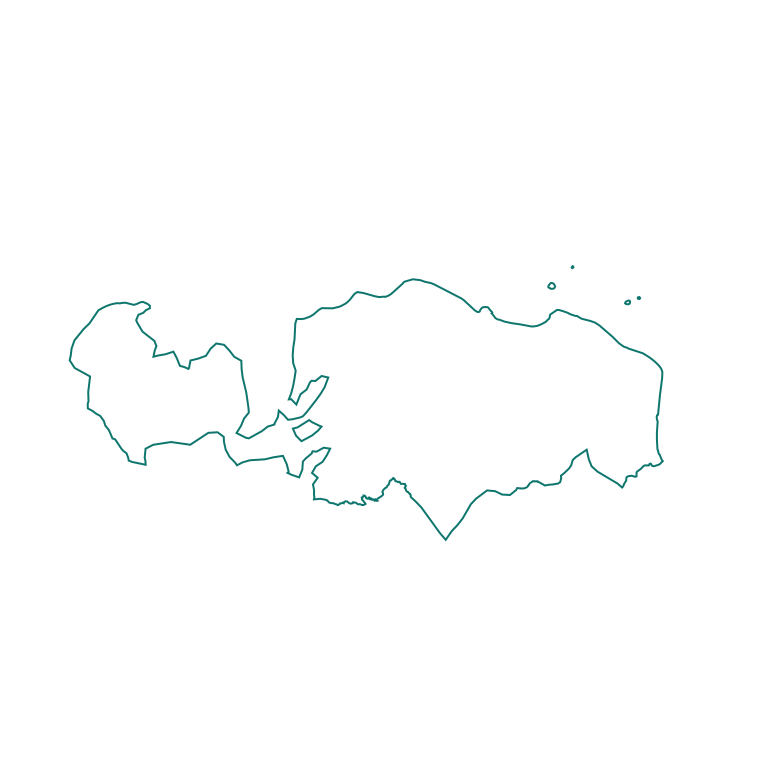 Nias, Sumatera Utara, Indonesia (Mercator projection), rotated 327°
{"feature_id": "22746128B114560941686", "entity_name": "Nias", "entity_type": "district", "adm_level": 2, "iso_a3": "IDN", "parent_name": "Indonesia", "parent_adm1": "Sumatera Utara", "projection": "mercator", "projection_center": [97.729, 1.084], "detail": "fine", "context": "isolated", "style": "outline", "palette": "teal", "viewbox_px": 768, "rotation_deg": 327, "n_neighbors": 0, "source": "geoboundaries", "source_scale": "gbopen_adm2", "svg_char_len": 6171}
<svg xmlns="http://www.w3.org/2000/svg" viewBox="0 0 768 768"><g transform="rotate(327 384 384)"><path d="M162.1,174.3L148.2,178.8L141.3,184.1L136.8,189.5L133.3,192.9L133.3,202.1L141.6,217.6L131.6,229.6L126.8,237.5L124.7,239.3L122.3,243.2L124.8,247.6L126.4,252.1L128.5,256.0L128.7,257.9L128.9,262.6L127.6,267.1L128.2,272.9L126.6,281.8L128.4,284.0L128.5,294.9L128.9,298.2L130.3,301.7L129.4,306.2L128.2,309.2L130.3,312.2L140.1,321.9L142.0,318.6L143.2,315.4L148.8,308.4L157.4,309.3L173.8,316.7L188.4,329.4L210.1,329.3L218.1,333.8L220.8,341.1L218.3,345.3L215.4,353.1L214.8,361.1L216.4,369.2L216.4,372.1L222.8,372.7L229.9,374.9L243.1,382.3L251.2,385.2L260.1,389.2L258.7,398.5L256.2,405.8L254.7,406.0L257.1,409.9L262.0,416.1L268.9,411.3L273.7,404.9L277.8,403.8L285.5,402.9L287.4,401.5L290.6,404.0L298.8,404.6L303.6,408.9L297.3,412.6L290.2,415.8L282.0,415.9L275.2,419.4L277.3,426.5L269.8,429.5L267.4,435.2L265.1,438.5L263.9,441.1L262.4,442.6L268.1,445.6L272.7,450.0L272.6,450.4L273.2,451.7L273.3,453.2L274.8,455.2L275.8,455.7L277.0,456.9L277.2,457.5L279.0,459.6L279.1,460.3L281.2,460.7L282.0,460.2L283.8,461.1L284.6,461.0L285.3,462.1L286.2,461.3L287.8,461.4L289.1,462.4L289.9,465.0L290.7,466.1L292.9,467.0L293.4,466.3L294.2,466.7L295.9,468.5L296.6,470.7L298.3,471.6L299.8,473.6L301.0,474.4L303.2,474.5L303.1,473.6L303.2,472.9L302.9,471.7L303.0,470.5L302.6,469.1L303.5,467.1L304.3,467.5L304.8,467.1L305.8,467.0L306.1,466.4L307.0,467.1L306.8,467.8L307.3,468.4L306.9,469.6L307.2,470.8L307.9,471.3L308.5,471.1L309.1,471.4L309.4,471.0L309.9,471.2L310.0,471.9L309.1,472.2L309.2,472.8L309.6,473.1L310.4,472.6L310.8,472.8L311.3,473.6L311.2,474.0L310.8,474.2L310.9,474.6L312.8,475.4L312.9,475.9L312.4,476.4L312.5,476.6L313.0,476.3L313.6,476.8L314.1,476.5L314.2,477.4L314.0,477.9L314.8,478.2L314.5,477.3L314.8,477.0L316.4,476.7L321.3,476.7L323.0,476.3L323.7,474.9L323.8,473.6L326.0,472.4L328.4,471.9L329.9,472.1L331.6,471.1L332.5,471.1L333.7,470.6L335.8,468.6L336.7,468.3L337.5,468.7L338.2,468.3L339.3,468.5L340.0,467.9L340.6,467.9L340.8,468.3L340.5,468.8L341.1,469.6L340.7,471.8L341.7,472.6L342.3,473.9L343.2,474.1L343.8,474.6L343.7,476.8L347.1,479.2L346.7,480.7L347.0,481.1L346.0,482.0L345.2,482.1L344.8,482.4L345.0,483.6L344.5,485.6L344.8,487.2L345.3,487.5L345.6,489.6L346.0,490.3L345.7,490.8L345.9,491.7L344.9,493.3L346.6,500.0L348.1,508.0L349.7,539.3L350.9,548.3L360.9,544.2L368.9,542.3L376.7,539.6L391.4,532.1L398.9,530.3L412.5,529.4L418.8,534.4L422.9,541.1L429.2,545.7L437.1,544.9L439.0,543.8L442.6,546.7L443.6,547.1L444.2,547.7L447.2,548.4L448.9,548.2L449.4,547.7L450.5,547.6L450.9,547.2L452.6,546.7L455.9,546.6L456.1,547.0L457.1,547.3L457.3,547.8L458.8,548.5L459.6,549.7L459.9,549.5L463.7,556.8L467.0,558.1L470.7,560.1L475.8,562.3L478.2,562.3L481.0,559.9L482.5,557.3L487.2,556.8L493.3,555.6L496.5,554.3L501.0,550.5L505.1,549.8L518.2,549.5L514.8,558.6L513.3,566.1L515.3,573.7L525.7,594.8L527.3,600.5L528.8,600.1L531.6,598.2L534.5,596.9L536.1,594.8L537.1,594.2L538.6,594.4L541.4,595.6L543.3,597.5L543.9,598.5L545.5,599.0L547.4,596.0L548.5,595.3L553.2,595.1L555.4,594.5L557.8,594.1L558.9,594.6L561.7,596.5L562.3,596.4L562.8,595.8L564.0,595.8L564.4,596.4L564.3,598.7L565.6,600.0L570.8,601.4L571.8,601.4L575.8,600.5L575.6,599.0L576.7,593.4L576.4,592.5L578.0,587.3L582.4,579.6L586.4,573.4L593.1,564.5L593.6,562.4L594.7,560.2L596.1,558.9L596.8,559.1L597.2,558.8L598.0,557.9L608.9,544.2L620.5,530.5L623.9,525.7L624.5,523.7L624.8,521.8L624.6,518.3L623.5,513.3L622.2,509.2L620.7,505.3L617.8,499.2L608.3,487.4L607.6,485.9L605.8,483.9L605.2,482.7L603.3,477.9L601.3,468.6L596.5,452.1L594.5,447.6L591.4,443.5L585.3,436.9L582.9,432.1L581.4,430.9L579.6,428.7L577.7,426.1L577.0,424.6L573.8,420.4L571.4,417.6L569.5,416.1L561.2,416.3L558.8,418.7L557.7,419.2L555.8,419.4L553.6,420.0L548.6,419.6L544.1,418.7L540.4,417.0L538.6,415.7L530.3,407.8L524.3,402.6L518.9,397.1L516.2,393.4L514.3,391.5L513.3,389.3L513.0,384.1L512.7,383.4L513.7,383.0L513.8,382.1L513.3,380.5L513.0,376.7L512.7,376.0L510.6,374.4L508.2,373.4L505.6,374.0L503.8,375.3L502.9,375.3L501.6,374.5L500.3,371.8L496.6,357.2L495.5,354.4L480.3,327.7L478.3,324.9L473.9,320.4L471.0,316.7L465.3,311.9L457.4,309.5L455.5,309.4L454.4,310.0L438.9,312.4L435.7,312.3L432.4,311.6L431.7,310.8L427.3,308.5L424.0,305.3L416.4,296.6L411.6,292.3L408.2,292.4L400.8,294.9L397.3,295.5L395.1,295.6L390.3,295.2L388.4,294.8L382.2,292.6L373.3,286.6L370.2,286.3L362.8,287.3L358.6,287.2L352.7,285.8L350.0,284.5L346.3,281.9L342.6,284.9L333.2,297.9L328.1,303.6L323.1,310.1L319.2,317.1L317.2,324.7L311.9,330.7L306.6,336.3L300.7,341.6L295.8,345.1L297.9,346.2L299.3,353.5L308.4,347.1L316.2,346.5L322.6,342.4L324.9,341.8L328.1,344.1L336.0,343.3L340.8,348.2L332.4,354.4L325.5,357.7L318.3,360.5L303.5,365.6L298.4,366.9L295.5,366.4L288.0,363.7L284.0,361.7L283.2,356.1L281.3,349.0L277.1,353.9L270.3,357.7L270.0,358.3L263.4,356.4L255.7,357.0L241.1,356.0L239.0,354.0L233.6,344.8L241.3,341.2L247.9,336.7L255.0,334.4L257.3,330.3L263.8,316.2L269.1,301.4L272.8,293.8L277.0,286.8L273.2,279.6L272.6,271.9L271.2,264.0L265.4,258.7L257.9,259.9L250.0,263.4L242.0,261.5L234.5,258.9L229.1,264.5L228.2,264.8L225.8,261.1L222.7,257.6L224.3,249.5L225.0,242.2L216.8,240.0L210.1,237.1L205.5,235.6L209.8,231.2L213.8,228.2L214.9,222.8L210.0,208.6L210.4,198.5L210.9,195.5L215.7,192.2L220.8,193.2L224.6,192.4L228.9,193.0L230.3,190.8L229.3,188.0L226.7,184.0L224.2,182.8L220.1,182.2L217.2,181.3L211.5,175.1L209.0,173.6L206.0,172.3L204.5,171.0L200.1,169.1L195.9,167.9L191.3,167.1L184.7,166.6L169.9,172.8L162.1,174.3ZM287.9,373.3L301.6,373.5L302.8,376.7L306.8,383.4L308.4,385.7L303.1,387.2L295.5,388.0L283.6,387.0L282.1,379.4L283.3,371.8L287.9,373.3ZM579.6,396.1L580.7,395.3L580.9,394.4L580.9,392.2L580.0,391.0L578.8,390.1L575.9,391.0L574.6,392.0L574.9,393.4L575.3,393.8L575.5,394.6L576.1,395.3L577.5,396.1L578.5,396.4L579.6,396.1ZM634.2,450.1L635.3,448.9L635.3,447.9L634.7,447.3L633.6,446.9L631.4,446.7L630.1,447.7L630.8,449.1L632.1,450.1L633.6,450.4L634.2,450.1ZM645.1,451.8L645.7,451.3L645.5,450.1L644.0,449.7L643.5,450.4L643.5,451.0L644.4,451.8L645.1,451.8ZM605.2,389.5L606.5,389.2L606.7,388.6L606.3,387.9L605.0,388.3L604.8,389.0L605.2,389.5Z" fill="none" stroke="#0f766e" stroke-width="2"/></g></svg>